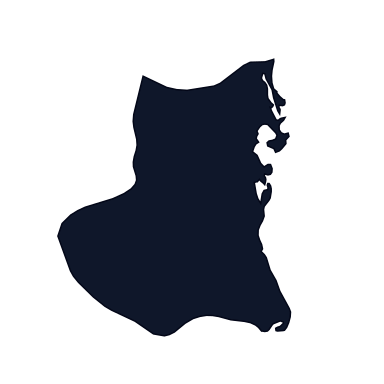 Phú Yên, orthographic projection, rotated 12°
{"feature_id": "VNM-482", "entity_name": "Phú Yên", "entity_type": "Province", "adm_level": 1, "iso_a3": "VNM", "parent_name": "Vietnam", "parent_adm1": "", "projection": "orthographic", "projection_center": [109.224, 13.226], "detail": "fine", "context": "isolated", "style": "filled", "palette": "ink", "viewbox_px": 384, "rotation_deg": 12, "n_neighbors": 0, "source": "natural_earth", "source_scale": "10m", "svg_char_len": 2572}
<svg xmlns="http://www.w3.org/2000/svg" viewBox="0 0 384 384"><g transform="rotate(12 192 192)"><path d="M244.3,45.2L244.9,47.4L244.9,56.0L245.6,62.1L247.5,68.7L250.4,74.1L254.2,76.2L254.4,77.6L258.0,80.4L262.0,82.7L263.4,82.6L264.5,85.5L264.3,87.5L262.7,88.7L259.3,89.0L259.3,91.1L260.6,92.4L261.1,93.3L261.5,97.4L259.0,94.7L252.3,82.9L249.1,75.3L241.0,65.9L238.7,61.2L236.5,61.2L236.2,66.2L237.8,68.4L240.4,69.7L242.8,72.0L244.3,75.4L245.6,81.5L246.8,84.7L250.7,88.3L253.5,89.9L253.1,91.7L252.0,93.2L250.9,93.0L253.0,96.3L259.3,104.0L261.5,104.0L262.7,102.3L263.8,101.4L267.6,99.7L266.6,102.8L264.0,106.4L263.4,109.1L264.4,113.1L267.0,115.6L270.3,116.2L273.8,114.4L275.3,117.5L272.8,121.7L273.8,125.2L270.8,130.9L268.9,133.6L265.5,135.8L263.1,132.5L256.5,131.2L255.2,128.2L256.7,126.1L259.9,124.8L262.8,122.8L263.4,118.8L261.6,116.7L252.0,110.2L249.1,110.4L246.7,111.4L244.7,114.1L242.8,118.8L244.5,121.4L243.7,123.8L243.6,126.4L246.8,129.4L244.5,131.7L243.4,134.8L242.8,140.0L248.0,142.6L253.2,149.7L257.3,152.5L260.6,149.3L263.1,148.8L265.5,152.5L266.0,156.0L265.0,158.4L262.7,159.5L259.3,159.3L259.3,161.2L260.8,162.6L261.6,164.4L261.8,166.7L261.6,169.7L260.1,168.6L256.7,166.8L255.2,165.6L253.8,168.4L253.2,168.5L250.9,169.7L255.1,180.3L257.7,184.8L261.6,188.9L261.1,179.2L262.2,175.5L265.6,173.9L265.5,172.0L264.2,169.6L264.4,167.9L265.7,167.7L267.6,169.7L268.8,172.4L269.4,175.3L269.7,181.6L269.0,184.0L265.6,191.1L265.6,194.2L267.6,200.6L266.9,205.6L265.4,210.4L264.6,215.3L265.6,220.7L268.1,225.0L271.0,228.9L272.8,233.0L271.9,235.8L275.8,238.3L278.3,240.8L284.6,252.2L292.6,261.2L298.5,270.8L311.2,285.6L313.3,288.9L314.0,293.8L313.7,299.6L312.7,304.8L311.2,308.0L309.9,308.6L304.5,310.2L303.0,310.1L302.2,307.9L303.8,306.5L306.0,305.3L307.1,303.9L307.8,302.7L308.8,301.4L308.4,300.3L305.2,299.7L298.8,304.0L297.9,305.6L296.0,310.4L294.7,312.3L292.2,313.3L289.6,313.4L289.0,313.6L285.2,310.6L281.9,308.9L276.3,307.6L270.1,307.6L256.5,308.9L244.0,308.2L237.7,308.5L231.8,309.6L225.6,312.0L219.4,315.5L212.6,321.7L203.9,332.6L199.4,336.2L194.9,338.4L183.8,338.8L163.1,330.2L138.0,324.3L130.7,321.9L117.4,315.2L99.8,304.0L93.6,299.0L89.5,294.3L70.0,263.0L71.5,249.8L78.2,239.7L84.2,234.0L90.7,229.1L115.9,215.1L125.8,207.8L131.9,201.6L134.8,196.4L135.4,192.0L134.1,187.7L129.5,179.4L128.4,174.9L128.2,169.4L128.8,163.1L128.6,157.6L127.0,151.9L121.8,140.9L119.8,135.1L118.9,128.3L120.1,88.9L145.5,95.0L155.7,95.1L166.1,93.6L191.6,83.8L197.1,79.8L216.2,57.5L222.0,53.0L236.5,49.5L243.5,45.7L244.3,45.2Z" fill="#0f172a" stroke="#020617" stroke-width="1.5"/></g></svg>